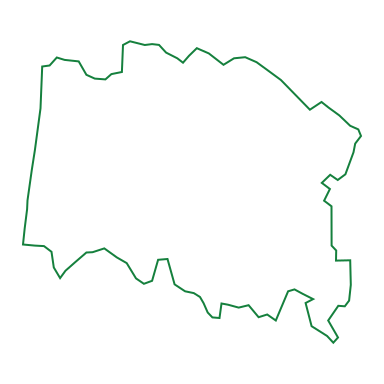 Pato Bragado, Paraná, Brazil
{"feature_id": "56859067B45682714407991", "entity_name": "Pato Bragado", "entity_type": "district", "adm_level": 2, "iso_a3": "BRA", "parent_name": "Brazil", "parent_adm1": "Paraná", "projection": "natural_earth1", "projection_center": [-54.242, -24.639], "detail": "fine", "context": "isolated", "style": "outline", "palette": "green", "viewbox_px": 384, "rotation_deg": 0, "n_neighbors": 0, "source": "geoboundaries", "source_scale": "gbopen_adm2", "svg_char_len": 1299}
<svg xmlns="http://www.w3.org/2000/svg" viewBox="0 0 384 384"><path d="M344.8,306.3L349.1,300.6L350.8,284.9L350.2,260.3L336.0,260.6L336.2,250.5L331.6,245.6L331.5,206.3L324.1,200.7L329.9,189.0L321.8,182.9L330.2,174.8L337.7,180.0L345.4,174.3L353.5,152.3L355.2,143.6L361.0,136.0L358.3,129.4L350.2,125.8L339.3,115.4L328.6,107.6L321.5,102.0L309.9,109.7L280.9,80.0L270.7,72.5L256.6,62.2L245.2,57.2L234.0,58.3L223.5,64.8L208.8,53.4L196.8,48.2L189.0,55.8L183.0,62.7L177.3,58.3L166.1,52.6L159.0,44.9L152.1,44.1L144.8,45.0L130.0,41.3L123.0,45.0L121.9,72.0L111.4,74.1L105.4,79.4L94.8,78.6L86.4,74.8L78.7,61.4L64.6,59.9L56.8,57.5L49.6,65.5L42.2,66.5L41.8,76.6L40.5,108.4L34.9,150.1L31.8,169.9L27.5,200.4L27.1,209.2L24.7,228.3L23.0,244.5L34.9,245.6L44.0,246.1L51.5,251.8L53.8,267.5L60.1,278.1L65.5,270.7L74.7,262.6L86.4,252.5L92.6,252.2L104.3,248.4L116.8,257.4L126.7,263.1L136.0,278.4L143.9,283.8L152.1,280.8L158.1,259.8L167.5,259.0L174.6,284.4L185.1,291.3L193.8,293.1L200.0,297.0L203.6,303.2L207.7,312.5L212.4,317.4L219.5,318.0L221.5,303.5L228.0,304.7L238.7,307.6L248.6,305.2L258.6,317.2L267.2,314.5L275.8,320.5L288.1,291.3L294.5,289.4L302.8,293.9L313.1,299.1L305.6,303.0L311.6,326.2L327.1,336.0L333.3,342.7L338.0,337.5L328.2,320.5L338.3,305.8L344.8,306.3Z" fill="none" stroke="#15803d" stroke-width="2"/></svg>